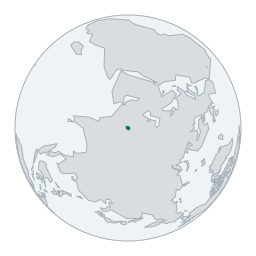 the Earth from above Sari Pul, rotated 126°
{"feature_id": "AFG-1748", "entity_name": "Sari Pul", "entity_type": "Province", "adm_level": 1, "iso_a3": "AFG", "parent_name": "Afghanistan", "parent_adm1": "", "projection": "orthographic", "projection_center": [66.141, 35.686], "detail": "medium", "context": "on_globe", "style": "filled", "palette": "teal", "viewbox_px": 256, "rotation_deg": 126, "n_neighbors": 0, "source": "natural_earth", "source_scale": "10m", "svg_char_len": 10999}
<svg xmlns="http://www.w3.org/2000/svg" viewBox="0 0 256 256"><g transform="rotate(126 128 128)"><circle cx="128" cy="128" r="113" fill="#eef3f6" stroke="#a8b0b8"/><path d="M146.0,16.8L148.6,17.7L158.1,21.3L163.4,22.9L160.4,22.5L172.2,26.0L178.9,29.5L169.9,25.4L167.8,24.9L171.6,27.0L170.3,27.1L171.4,28.2L169.5,28.2L164.4,26.1L163.0,26.1L165.8,27.7L165.7,28.8L161.8,26.5L161.1,28.3L152.4,25.9L143.6,20.8L137.3,20.5L124.2,18.4L123.9,19.0L118.8,19.0L116.5,19.8L114.8,19.4L114.5,20.4L116.5,20.6L117.1,21.2L116.0,21.8L113.5,21.3L113.7,21.0L112.4,21.2L111.6,20.8L111.4,21.3L108.5,20.9L109.6,22.2L105.9,22.7L104.5,22.2L106.9,21.0L109.6,18.0L108.9,17.6L105.5,18.0L94.3,20.9L92.6,21.3L88.6,22.5L91.5,21.9L90.3,22.9L94.3,22.0L94.3,22.4L97.4,22.2L94.5,23.6L90.0,25.2L87.2,25.5L85.2,26.3L85.8,27.3L78.8,29.5L70.8,33.9L69.3,34.5L69.8,32.9L74.9,29.3L75.7,28.3L72.7,30.4L68.9,32.3L67.2,33.4L65.9,34.4L66.4,34.3L64.6,35.4L66.9,33.4L68.5,32.4L67.8,32.9L70.2,31.4L70.7,31.0L78.4,26.9L86.3,23.4L94.5,20.5L102.9,18.2L111.4,16.6L120.0,15.6L128.7,15.4L137.4,15.8L146.0,16.8ZM149.6,17.4L150.0,17.6L148.3,17.2L149.6,17.4ZM167.6,24.1L165.4,23.1L168.0,24.1L167.6,24.1ZM171.9,28.4L172.9,28.7L173.0,29.2L171.9,28.4ZM98.8,21.5L98.1,21.8L97.9,21.7L98.8,21.5ZM100.8,21.2L101.1,20.7L102.1,20.5L101.9,20.8L100.8,21.2ZM170.3,29.7L170.1,30.5L169.4,29.3L170.3,29.7ZM100.3,21.8L103.8,20.2L105.5,19.9L106.3,20.7L100.3,21.8ZM169.5,30.7L169.3,33.0L171.6,33.9L165.0,33.1L167.3,31.2L166.0,29.5L168.0,30.6L169.5,30.7ZM117.7,20.5L115.4,20.3L118.4,19.9L117.7,20.5ZM119.4,20.1L127.6,18.8L130.3,19.6L127.0,19.8L131.4,20.5L128.8,21.5L125.7,21.3L124.5,20.6L124.4,21.6L119.4,20.1ZM161.4,32.4L160.6,32.8L160.4,32.0L161.4,32.4ZM117.6,21.4L119.0,21.0L121.4,21.6L119.1,22.5L119.0,22.0L117.6,21.4ZM133.9,20.3L135.3,21.1L133.5,22.0L133.8,22.5L128.9,21.6L133.9,20.3ZM117.9,22.2L117.8,23.0L115.6,23.3L116.3,21.9L117.9,22.2ZM123.1,21.4L124.1,21.7L122.8,21.8L123.1,21.4ZM107.7,25.2L109.3,24.5L110.8,24.7L107.7,25.2ZM117.9,23.4L118.7,23.3L119.4,23.3L118.9,24.0L117.9,23.4ZM128.0,22.4L127.0,22.7L129.9,22.8L128.7,23.7L125.6,23.0L126.5,23.7L126.1,24.0L124.0,23.1L128.0,22.4ZM120.6,24.8L116.3,24.5L113.0,25.7L111.6,25.5L117.2,23.7L120.6,24.8ZM122.8,23.9L121.1,24.4L120.3,23.8L120.9,23.1L122.8,23.9ZM129.0,24.6L131.6,23.4L132.2,23.6L129.0,24.6ZM119.8,25.3L120.9,25.4L119.7,25.4L119.8,25.3ZM126.4,24.9L127.2,24.4L127.9,24.6L126.4,24.9ZM122.3,26.0L120.9,25.8L121.2,25.3L122.3,26.0ZM124.3,25.6L125.0,26.0L122.2,25.2L124.6,25.3L124.3,25.6ZM126.8,25.2L127.5,25.2L126.4,25.4L126.8,25.2ZM121.7,28.3L118.2,27.4L119.0,26.1L122.3,27.1L121.7,28.3ZM18.7,130.8L19.7,111.6L21.9,107.9L24.2,101.2L41.0,90.9L42.4,95.2L53.2,101.2L54.2,103.2L50.6,107.8L56.8,120.6L61.6,117.7L69.5,126.0L76.3,128.5L82.8,119.1L71.7,114.6L72.1,108.7L82.9,107.9L92.9,112.1L93.4,109.9L89.0,103.3L93.3,100.5L87.7,100.7L88.5,103.4L85.0,103.8L84.1,101.4L85.6,100.4L83.2,98.4L76.4,104.0L76.5,107.3L68.8,105.2L68.2,110.7L65.4,112.0L65.4,103.3L66.9,100.8L65.2,90.1L62.9,92.4L64.4,102.8L63.0,101.3L60.0,105.0L61.2,101.0L60.3,89.4L54.7,87.3L44.1,92.9L41.5,91.2L40.9,86.7L48.3,77.6L53.2,82.5L55.8,79.8L57.8,73.6L59.1,75.8L60.5,74.0L62.7,75.7L68.6,73.7L71.2,75.1L76.4,70.3L78.4,70.5L74.8,73.2L73.6,76.0L80.5,79.9L82.6,79.5L85.4,76.1L87.0,77.8L88.8,74.1L94.1,75.0L89.2,71.0L92.3,67.4L97.1,66.0L97.2,64.2L89.5,66.7L87.2,68.4L86.7,70.9L79.7,75.5L76.7,75.1L80.7,68.0L76.9,66.8L81.6,62.1L99.6,57.6L105.6,58.1L109.7,66.3L106.7,68.1L103.7,65.9L103.8,71.2L105.1,69.2L106.3,70.7L109.7,68.1L110.7,69.1L112.1,65.0L113.8,65.9L112.9,68.5L119.3,65.8L123.5,67.2L124.4,66.1L124.2,64.6L129.7,67.6L130.2,66.7L128.5,65.4L128.4,62.8L130.2,59.6L132.0,60.8L131.6,62.1L133.4,66.9L132.1,70.5L133.0,70.7L134.6,67.9L132.3,62.0L132.9,59.8L134.5,62.3L133.9,61.2L134.8,60.5L137.3,61.0L135.9,58.1L142.8,49.6L148.5,50.0L149.0,53.0L155.8,49.3L161.6,50.7L160.1,49.4L162.3,47.1L160.5,46.6L160.0,45.8L164.9,40.5L167.4,40.4L167.8,37.2L167.0,36.6L165.2,36.4L165.0,33.1L171.6,33.9L173.0,35.1L176.2,35.0L179.0,38.1L182.8,40.8L184.1,44.6L187.0,46.7L187.9,46.4L192.5,49.3L198.9,56.4L189.7,51.6L179.4,42.4L183.3,46.1L181.2,45.7L181.9,47.3L184.7,50.1L185.8,50.1L184.2,57.7L188.7,66.9L191.3,64.6L194.7,65.9L202.0,75.8L204.0,93.7L208.6,96.8L210.1,99.9L208.8,103.2L206.6,98.8L203.6,98.5L202.6,95.7L199.7,99.9L198.1,96.2L196.7,101.6L199.2,103.9L202.3,101.4L201.8,108.1L207.2,111.4L209.8,117.5L207.3,131.7L201.7,138.1L201.8,140.3L198.5,139.2L195.8,144.6L203.0,153.4L203.3,156.5L198.1,164.8L197.7,162.6L189.2,159.8L188.7,167.7L195.2,171.5L197.5,177.6L192.9,177.2L190.5,171.9L187.5,170.7L187.5,164.1L183.5,155.2L178.9,158.5L178.5,154.4L172.3,147.4L165.3,151.6L154.5,164.2L154.3,174.3L150.0,179.1L141.9,165.4L139.9,155.5L135.9,156.6L128.4,148.1L112.6,146.8L111.2,143.9L108.0,144.9L102.9,141.4L101.1,136.7L97.6,136.4L102.5,148.9L106.4,149.2L110.9,145.3L111.4,149.6L116.5,153.7L107.7,162.5L85.7,167.2L85.0,159.3L76.1,134.4L77.2,132.1L77.2,131.9L77.2,131.3L74.8,134.8L73.8,129.9L76.9,146.9L76.8,153.4L85.3,167.5L84.2,168.4L87.4,171.5L99.4,171.0L99.2,173.5L92.5,183.4L77.1,193.8L80.1,203.3L80.5,210.1L72.8,211.8L75.5,217.0L71.9,217.0L73.0,219.5L71.2,220.8L67.5,220.6L59.0,215.9L56.8,213.5L50.1,206.5L40.2,190.8L40.6,186.2L39.2,180.8L33.2,165.2L34.4,159.5L33.2,155.4L30.5,153.7L29.3,148.9L27.8,147.2L20.0,139.0L18.7,130.8ZM32.8,98.9L31.7,100.8L32.8,98.9ZM102.0,122.0L109.0,123.8L108.5,116.5L111.2,116.7L110.0,114.2L108.4,116.0L106.0,109.4L110.0,108.1L110.5,105.0L108.2,104.3L101.3,107.9L104.7,117.1L101.9,119.5L102.0,122.0ZM68.7,32.5L67.0,33.7L68.7,32.5ZM63.3,37.7L60.5,39.5L62.7,37.9L62.4,37.7L66.6,34.5L68.7,34.6L67.0,35.1L63.3,37.7ZM72.7,30.6L69.8,32.4L72.9,30.5L72.7,30.6ZM66.2,63.5L65.9,65.4L63.7,66.8L60.4,65.8L63.6,63.6L66.2,63.5ZM66.1,67.8L71.0,61.4L73.2,62.1L71.1,62.7L72.1,63.8L69.1,65.2L66.5,72.3L64.3,74.2L59.4,70.8L62.2,70.8L62.3,68.8L66.1,67.8ZM79.4,46.5L81.5,44.5L83.6,48.4L81.4,49.9L77.9,48.8L78.6,46.3L79.4,46.5ZM101.0,23.8L101.7,23.3L102.4,23.3L102.4,23.8L101.0,23.8ZM108.3,24.9L98.8,26.5L99.1,25.9L93.1,28.0L91.6,27.2L95.5,25.8L89.8,27.0L92.7,25.4L88.8,26.5L97.7,23.5L100.1,22.3L98.0,23.8L99.3,24.5L100.7,24.5L106.1,23.7L111.9,21.9L114.2,22.5L114.3,23.4L113.2,24.0L112.1,23.3L111.5,24.5L109.0,24.0L108.3,24.9ZM113.8,37.7L112.9,36.1L111.3,39.6L108.8,38.6L108.8,39.1L106.1,39.2L102.7,40.2L102.0,39.6L101.0,40.3L99.2,40.5L97.6,41.3L95.6,40.5L93.5,41.4L93.8,40.5L90.7,42.5L92.1,40.7L89.9,40.9L89.7,42.5L83.0,37.3L79.1,36.9L75.1,37.7L78.0,34.9L83.7,32.4L90.2,30.9L93.6,31.8L94.3,30.5L96.1,30.6L94.8,31.6L97.9,30.2L99.1,30.6L104.8,30.1L108.7,28.1L110.9,28.0L110.0,28.9L112.8,28.2L112.6,30.0L114.1,30.0L115.4,32.0L112.7,34.1L114.7,34.0L115.8,35.7L113.8,37.7ZM122.0,28.9L119.3,31.3L116.6,32.1L115.5,28.4L114.1,28.1L113.2,26.0L117.1,25.0L117.0,25.7L117.8,26.1L116.3,26.3L118.1,26.5L118.0,27.4L119.4,27.9L118.1,28.5L122.0,28.9ZM56.7,102.2L57.7,103.2L59.6,104.1L57.7,106.6L56.7,102.2ZM55.9,94.4L57.0,94.7L55.2,98.3L54.2,97.4L55.9,94.4ZM59.1,91.9L57.2,94.4L57.6,92.5L59.1,91.9ZM76.0,73.4L77.3,73.7L76.9,74.6L75.4,75.5L76.0,73.4ZM108.6,48.8L108.5,47.5L109.3,47.3L111.3,44.7L113.3,45.3L112.9,47.2L108.6,48.8ZM80.1,120.1L77.3,121.4L76.6,120.0L77.7,119.8L80.1,120.1ZM66.3,114.0L68.7,116.8L65.7,114.6L66.3,114.0ZM111.1,49.0L111.7,47.8L112.3,48.9L111.1,49.0ZM114.8,45.7L115.8,46.7L113.8,45.1L114.8,45.7ZM131.6,240.0L133.3,240.2L131.3,240.2L131.6,240.0ZM98.7,213.1L94.7,222.9L89.6,221.8L87.4,218.5L88.0,212.2L93.5,211.4L95.9,208.6L98.7,213.1ZM216.5,182.3L218.5,181.3L218.3,181.7L216.5,182.3ZM214.5,182.4L216.9,180.9L214.0,183.6L214.5,182.4ZM217.8,180.4L220.2,177.9L221.3,176.5L221.0,177.5L217.8,180.4ZM212.8,183.5L202.9,188.6L198.7,189.5L199.9,187.5L206.6,184.8L212.8,183.5ZM199.5,187.6L192.9,186.1L182.6,176.4L186.3,175.5L196.9,179.8L196.2,181.4L200.3,183.2L199.5,187.6ZM214.8,172.2L214.1,176.5L208.8,179.2L206.3,179.8L204.5,175.5L205.5,172.4L207.6,171.5L214.9,158.0L217.6,158.7L215.6,164.0L217.8,166.2L214.8,172.2ZM154.9,175.2L157.9,180.6L155.5,181.8L154.9,175.2ZM217.1,149.6L214.6,155.6L216.6,148.4L217.1,149.6ZM217.8,143.4L218.3,145.4L216.8,144.1L217.8,143.4ZM202.4,143.3L200.2,144.9L199.8,143.4L202.3,140.5L202.4,143.3ZM211.8,122.7L213.1,127.3L213.2,129.1L211.5,126.9L211.8,122.7ZM129.0,54.8L123.9,57.5L121.7,60.4L122.4,63.1L119.2,60.6L122.7,56.2L129.0,54.8ZM140.9,50.0L140.2,47.9L141.9,48.2L142.3,48.8L140.9,50.0ZM139.5,49.2L136.0,47.8L136.5,46.2L139.2,47.6L139.5,49.2ZM123.4,48.0L121.8,48.7L121.3,47.8L123.4,48.0ZM213.1,201.8L200.5,213.8L198.2,215.2L200.6,212.7L202.2,208.4L203.2,207.9L204.9,203.9L214.6,194.6L222.1,182.8L225.4,180.0L229.1,171.7L231.8,168.4L229.8,174.0L231.2,173.0L235.6,160.1L234.4,164.9L231.3,172.9L227.6,180.6L223.3,188.0L218.5,195.1L213.1,201.8ZM221.3,179.2L224.3,174.1L225.6,172.7L221.3,179.2ZM237.9,152.7L237.7,153.3L237.4,153.0L236.1,158.0L233.7,162.0L234.6,159.2L234.5,157.0L231.3,160.3L230.7,159.4L232.0,156.6L229.6,157.9L232.3,154.0L233.2,156.5L234.6,151.8L236.6,149.3L238.1,147.3L238.8,147.3L238.4,149.1L238.4,150.3L237.9,152.7ZM231.8,162.3L232.2,161.8L231.7,163.3L231.8,162.3ZM239.0,146.1L240.0,139.9L240.1,139.2L239.4,144.8L239.0,146.1ZM240.1,139.4L240.0,138.6L240.2,137.6L240.2,138.5L240.1,139.4ZM226.2,164.9L226.0,166.1L225.2,166.0L226.2,164.9ZM227.3,163.4L229.6,162.2L227.1,164.5L227.3,163.4ZM219.2,166.2L220.0,168.1L222.7,164.6L220.6,168.4L222.2,171.1L221.5,173.1L220.0,170.0L219.0,175.0L217.8,175.7L217.4,172.3L218.8,166.7L220.0,163.8L224.6,159.5L219.2,166.2ZM227.4,160.3L226.7,158.0L227.2,155.6L227.9,156.5L227.4,160.3ZM224.4,152.5L222.1,150.5L220.4,153.2L223.4,145.6L225.2,148.8L224.4,152.5ZM221.8,146.1L220.3,148.6L221.6,144.4L221.8,146.1ZM219.7,147.7L219.1,145.3L220.5,144.7L219.7,147.7ZM222.7,145.5L222.3,141.1L223.4,143.1L222.7,145.5ZM217.5,140.2L221.2,142.2L217.0,143.1L215.0,135.1L216.7,133.8L217.5,140.2ZM215.2,100.3L213.8,98.2L214.7,96.6L215.4,98.4L215.2,100.3ZM216.6,90.1L214.5,95.5L212.6,100.2L214.1,100.5L215.2,105.0L212.1,102.5L212.2,96.3L213.9,93.5L212.5,89.9L212.8,86.3L210.1,82.5L209.7,80.1L212.6,82.7L216.6,90.1ZM208.9,81.0L204.5,74.0L207.1,72.8L208.6,74.1L209.6,77.7L208.2,78.1L208.9,81.0ZM204.2,72.0L202.7,72.4L193.2,64.4L191.8,62.6L200.5,67.6L199.6,68.2L201.5,70.5L204.2,72.0ZM161.7,33.3L160.7,32.8L161.8,32.9L161.7,33.3ZM158.9,45.6L158.4,44.6L159.8,44.5L158.9,45.6ZM157.5,41.7L156.4,42.5L156.9,41.2L157.5,41.7ZM153.9,44.3L155.6,42.5L155.1,45.0L153.9,44.3Z" fill="#d9dde1" stroke="#a8b0b8" stroke-width="1"/><path d="M128.6,126.2L128.8,126.3L128.7,126.5L128.6,126.8L128.5,127.0L128.7,127.3L128.8,127.6L128.7,127.8L128.6,128.0L128.8,128.0L129.1,128.0L129.2,127.9L129.4,128.0L129.4,128.3L129.2,128.5L128.9,128.9L128.8,129.0L128.7,129.0L128.4,129.0L128.3,129.4L128.3,129.5L128.2,129.5L127.9,129.8L127.9,129.7L127.9,129.4L127.8,129.2L127.6,129.2L127.4,129.1L127.3,128.9L127.2,128.9L126.9,128.9L126.8,128.7L126.9,128.4L127.0,128.3L126.9,128.2L127.0,128.0L127.3,127.9L127.5,127.7L127.4,127.6L127.4,127.4L127.2,127.4L127.0,127.2L127.0,126.9L127.0,126.7L127.3,126.7L127.5,126.5L127.7,126.4L127.8,126.4L128.0,126.3L128.3,126.3L128.5,126.3L128.6,126.2Z" fill="#14b8a6" stroke="#0f766e" stroke-width="1.5"/></g></svg>